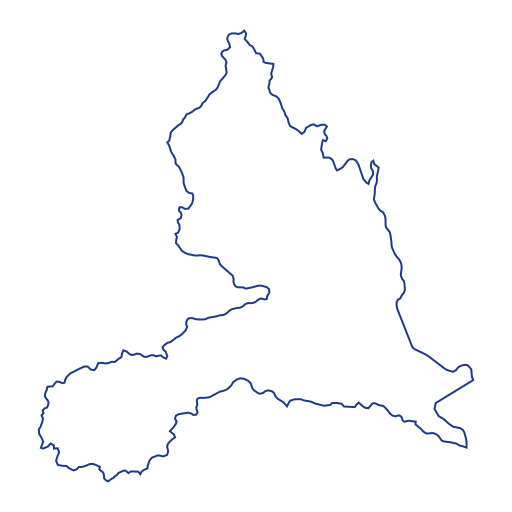 outline of Nanuque, Minas Gerais, Brazil
{"feature_id": "56859067B31729881403209", "entity_name": "Nanuque", "entity_type": "district", "adm_level": 2, "iso_a3": "BRA", "parent_name": "Brazil", "parent_adm1": "Minas Gerais", "projection": "albers", "projection_center": [-40.519, -17.735], "detail": "fine", "context": "isolated", "style": "outline", "palette": "blue", "viewbox_px": 512, "rotation_deg": 0, "n_neighbors": 0, "source": "geoboundaries", "source_scale": "gbopen_adm2", "svg_char_len": 6016}
<svg xmlns="http://www.w3.org/2000/svg" viewBox="0 0 512 512"><path d="M273.3,63.9L265.6,62.9L263.6,61.9L263.3,58.9L261.9,56.4L259.8,53.7L256.1,53.2L253.7,48.4L252.0,46.1L249.8,45.1L247.4,41.9L244.6,38.9L245.8,35.7L246.1,33.2L244.3,30.7L241.4,33.0L238.4,34.0L235.3,33.4L231.6,33.4L229.1,34.5L227.8,36.4L227.2,38.9L227.9,41.1L229.2,43.5L230.1,47.2L227.2,49.8L224.3,50.4L222.2,51.6L221.3,53.8L222.1,56.1L225.7,60.1L226.4,62.6L225.6,65.7L226.7,72.6L225.2,75.5L220.0,81.4L217.8,87.1L215.9,89.8L212.1,92.2L209.6,94.3L205.5,100.8L202.5,103.2L201.0,106.3L198.9,108.0L196.7,108.6L194.4,109.9L192.5,111.6L189.7,113.1L186.4,114.5L185.0,117.4L183.1,119.6L182.3,122.0L180.8,123.7L178.4,125.2L172.3,130.5L170.6,133.0L170.5,135.3L169.8,137.7L169.4,140.6L167.3,142.4L169.0,145.2L171.2,151.9L172.9,154.5L175.5,159.5L175.5,163.3L177.1,165.2L179.1,167.0L182.1,173.1L183.5,177.2L183.7,183.5L186.4,190.9L189.1,192.9L192.4,193.5L193.2,196.0L193.1,199.6L192.1,203.4L188.4,208.6L184.9,208.9L182.1,207.2L179.6,207.3L178.8,210.4L180.8,212.7L181.6,215.0L180.8,218.2L177.7,219.9L177.9,222.5L179.4,224.7L179.6,229.0L178.1,232.6L175.4,233.9L177.0,237.0L176.2,240.0L176.0,243.2L178.4,245.7L182.0,251.0L186.0,253.3L188.1,254.1L194.1,255.4L196.7,255.6L199.6,255.3L202.6,255.4L210.1,257.0L215.2,257.7L217.5,258.4L218.9,261.0L219.7,263.8L221.4,265.9L232.6,275.6L233.6,278.9L233.5,281.8L234.1,284.4L235.8,286.5L238.3,287.3L243.1,287.4L245.8,288.6L252.0,287.4L257.8,285.8L260.7,285.5L266.7,287.1L269.0,289.1L269.4,292.4L267.3,295.8L266.7,299.1L264.2,299.4L261.3,298.4L258.3,299.6L255.8,301.8L252.9,303.0L250.3,303.2L247.9,303.0L245.5,304.1L242.5,306.5L239.7,307.8L237.3,307.9L231.9,309.2L230.0,310.3L225.7,314.0L223.3,315.0L219.6,315.3L216.3,316.4L209.1,317.6L204.8,319.4L199.0,319.5L196.0,319.2L193.5,318.4L191.1,318.1L188.6,318.3L187.1,320.0L186.3,322.3L186.2,324.6L187.2,326.9L185.5,330.5L181.6,334.5L179.2,336.2L176.2,337.6L170.3,342.2L167.4,342.8L163.9,345.5L162.5,347.4L163.5,349.7L165.7,351.8L167.3,356.3L166.0,358.7L163.4,357.4L161.0,355.5L158.5,355.7L156.4,356.3L154.0,355.4L151.4,355.1L146.8,356.9L144.3,356.8L139.9,354.0L136.5,353.6L134.4,354.6L131.4,355.0L129.0,353.7L126.7,351.5L123.4,350.3L122.0,353.7L121.4,357.2L119.1,358.4L114.8,362.0L111.6,361.8L108.6,363.0L105.5,363.5L101.5,362.8L98.2,363.2L96.2,367.9L94.3,370.1L90.7,369.5L87.6,366.5L84.4,366.5L79.3,368.8L70.2,373.5L66.5,377.1L65.2,379.8L64.6,382.6L62.3,383.2L59.4,381.8L56.5,381.6L54.3,384.1L52.8,386.3L47.4,386.8L46.6,390.5L45.2,393.2L44.9,396.3L46.2,398.6L47.7,400.3L48.5,402.6L48.1,405.2L47.0,407.5L44.9,408.3L42.7,410.3L43.4,413.3L41.6,415.3L43.0,418.5L42.5,421.3L40.5,426.9L38.8,429.5L39.2,434.0L40.9,436.6L43.2,441.6L40.9,447.8L43.1,448.6L47.8,446.6L50.7,443.5L53.9,445.4L54.0,448.6L57.6,448.2L59.1,452.2L56.9,457.9L56.1,461.0L57.8,464.9L62.2,465.8L66.6,466.0L68.4,467.8L73.3,470.4L76.5,469.4L78.9,467.0L81.2,467.1L85.1,466.1L89.6,464.1L92.6,463.8L96.2,465.1L99.9,466.9L99.3,469.5L103.2,472.5L103.9,475.0L104.2,478.4L106.2,480.6L108.3,481.3L111.4,478.9L113.4,477.9L115.2,476.1L117.0,474.9L118.4,473.0L123.4,470.7L125.6,470.6L128.4,473.1L131.0,471.4L138.3,471.7L140.3,474.2L141.8,471.3L144.9,469.4L147.5,468.4L147.7,465.8L149.5,460.6L151.8,457.7L158.1,455.3L163.4,456.4L167.0,454.9L168.2,451.6L167.1,446.3L167.9,443.9L169.7,441.7L172.0,439.5L175.1,437.4L174.0,434.6L169.9,431.2L173.7,426.9L175.9,423.8L176.6,421.4L174.9,418.6L176.0,415.6L178.9,414.1L188.1,412.7L191.3,413.5L193.2,414.9L196.1,414.7L197.5,412.6L196.2,407.8L197.3,404.6L196.9,401.1L197.3,398.8L199.7,397.8L204.8,397.9L209.8,397.1L219.6,391.8L224.7,390.4L227.3,389.2L230.9,385.9L233.4,381.9L236.7,379.6L240.2,378.3L244.0,378.8L248.5,381.0L250.8,383.6L252.4,388.4L253.8,390.1L257.8,393.0L259.7,393.8L263.3,392.9L265.2,391.2L268.2,390.4L272.1,391.3L274.0,393.0L275.7,396.6L277.6,398.7L283.5,402.3L287.0,406.4L289.0,402.3L290.4,400.6L294.5,399.3L298.5,399.2L301.1,399.3L303.9,400.4L311.2,401.7L314.8,403.4L324.1,405.8L330.4,404.9L332.1,403.0L336.9,403.0L341.5,403.7L344.0,406.5L354.8,407.1L356.5,404.6L358.7,402.6L363.0,406.4L365.5,407.9L368.4,408.2L372.5,403.4L375.0,403.2L378.7,405.1L383.5,406.0L388.0,410.7L390.0,413.6L392.3,415.5L395.3,416.3L399.0,415.3L401.4,416.7L402.8,420.6L404.6,421.8L408.0,420.7L415.7,421.6L415.4,424.3L420.7,428.7L423.7,431.9L426.8,433.6L433.0,433.0L436.1,434.1L438.5,436.0L441.9,440.8L444.2,441.5L450.0,442.2L456.1,443.5L459.9,445.6L463.2,446.4L466.5,447.6L466.6,442.2L465.9,438.1L464.3,432.4L463.1,430.2L460.2,428.1L453.8,426.9L451.8,425.8L448.6,423.5L443.7,419.1L438.6,416.0L434.5,408.9L435.8,403.0L473.2,380.1L471.9,376.7L471.3,369.4L469.5,367.1L467.1,365.0L464.6,364.9L462.0,365.4L459.8,366.4L457.9,367.6L455.8,370.3L453.1,371.8L447.6,370.2L444.5,368.5L429.1,356.7L425.1,354.2L414.3,349.0L412.4,347.2L397.2,308.7L396.6,305.3L396.6,302.3L397.8,299.8L400.2,298.4L401.9,295.2L403.9,292.7L404.9,289.9L404.5,284.0L404.0,281.2L402.3,279.0L401.3,277.0L400.8,274.5L401.7,267.7L401.4,264.4L400.4,261.7L398.9,259.1L396.7,256.7L394.6,253.6L392.2,248.0L391.6,245.7L391.4,242.0L390.5,235.2L389.6,231.9L386.1,227.4L385.6,224.9L385.5,218.9L385.0,215.9L383.1,212.3L380.0,210.4L378.2,208.1L374.8,201.9L373.9,199.3L374.8,193.2L374.9,188.6L375.4,185.6L376.5,183.4L377.0,180.2L376.8,176.5L378.3,170.0L378.6,167.5L374.2,164.1L373.3,160.7L371.4,162.2L370.9,165.3L371.1,168.1L373.0,171.3L373.0,174.7L369.5,180.2L368.5,183.9L366.4,182.7L363.4,179.0L358.3,164.2L355.6,160.2L352.8,159.1L349.6,159.3L347.8,160.6L343.0,166.9L340.5,168.7L337.0,170.4L335.8,168.6L333.2,161.4L332.0,159.4L329.3,157.6L323.6,157.6L322.7,152.9L321.1,149.7L321.7,145.6L322.8,140.2L325.8,141.2L327.3,138.2L326.5,136.0L324.7,134.1L324.2,130.9L326.9,126.5L324.7,124.7L321.3,124.8L317.0,126.3L313.8,124.4L310.8,125.0L306.1,127.9L304.4,131.9L301.6,133.9L298.9,131.2L296.4,129.4L290.2,126.1L288.8,123.3L287.6,118.2L285.4,115.0L284.6,112.1L282.2,108.1L280.8,103.4L278.7,98.6L276.2,96.3L272.6,95.0L270.5,93.2L268.4,87.7L269.3,83.8L269.6,80.7L272.1,77.5L271.2,73.5L273.3,66.5L273.3,63.9Z" fill="none" stroke="#1e3a8a" stroke-width="2"/></svg>